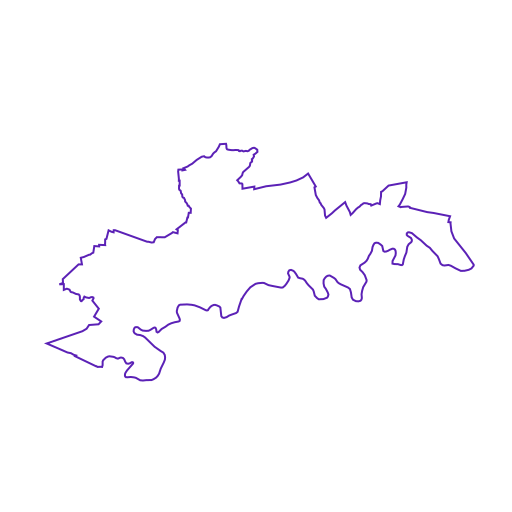 Numarán, Michoacán, Mexico, rotated 85°
{"feature_id": "50627088B90395598020447", "entity_name": "Numarán", "entity_type": "district", "adm_level": 2, "iso_a3": "MEX", "parent_name": "Mexico", "parent_adm1": "Michoacán", "projection": "robinson", "projection_center": [-101.961, 20.258], "detail": "fine", "context": "isolated", "style": "outline", "palette": "violet", "viewbox_px": 512, "rotation_deg": 85, "n_neighbors": 0, "source": "geoboundaries", "source_scale": "gbopen_adm2", "svg_char_len": 6117}
<svg xmlns="http://www.w3.org/2000/svg" viewBox="0 0 512 512"><g transform="rotate(85 256 256)"><path d="M283.6,39.9L271.3,46.8L255.8,57.1L248.4,59.2L240.6,59.4L239.4,59.2L239.0,61.4L236.8,60.8L233.3,59.2L228.6,75.4L227.2,81.6L221.4,98.5L220.6,98.6L219.9,100.2L219.8,106.9L220.0,107.6L218.9,109.7L217.4,108.3L212.3,105.0L207.2,102.0L201.0,100.3L198.2,100.1L195.7,99.5L197.4,117.8L202.5,124.4L203.0,125.8L207.6,126.3L211.3,127.4L215.1,128.1L214.0,130.3L214.1,131.4L215.8,136.8L214.4,137.2L214.0,139.3L213.4,140.3L213.2,141.1L212.8,143.2L212.9,144.4L213.7,145.5L214.3,146.8L215.9,148.6L216.6,150.1L218.1,152.2L221.7,156.0L223.3,158.1L220.3,158.7L213.7,161.5L210.1,162.5L217.5,173.4L220.1,176.7L224.1,182.8L221.7,183.7L215.6,183.7L214.1,184.3L210.8,186.5L209.0,187.1L208.4,187.8L206.1,188.3L203.6,189.8L200.5,191.1L192.7,191.8L192.0,190.4L178.4,196.9L181.8,202.2L184.3,209.1L185.7,215.5L187.0,225.4L187.4,239.8L189.3,252.0L186.7,251.6L187.8,263.6L183.2,263.3L182.5,263.8L182.2,266.1L179.9,267.3L178.9,268.1L175.9,264.3L174.4,262.8L172.1,262.0L171.2,261.4L166.6,255.1L165.5,254.2L163.0,253.6L162.6,253.3L161.6,251.7L160.7,251.8L160.0,251.4L159.2,251.7L158.2,250.4L156.6,249.3L154.9,249.5L154.0,247.7L152.4,245.5L150.2,245.5L148.5,247.5L148.0,248.5L148.2,250.2L149.7,253.2L150.5,253.9L150.9,255.3L150.4,256.9L150.7,259.4L149.8,260.8L149.9,262.3L150.2,262.9L150.0,263.7L149.4,263.8L149.0,264.3L148.6,267.0L148.6,269.5L148.4,271.2L147.7,274.2L147.3,275.3L146.9,275.7L145.8,276.0L143.0,275.9L141.6,276.1L141.5,282.2L143.9,283.5L148.2,286.7L149.1,288.3L150.2,289.7L152.7,291.6L153.7,293.2L153.8,294.8L153.5,297.0L153.0,298.1L152.1,299.0L152.4,301.5L155.1,306.7L158.5,311.5L159.8,314.5L160.9,316.3L162.2,320.5L164.0,319.2L164.3,321.8L163.4,321.7L163.2,325.8L165.0,326.2L172.4,326.1L174.3,326.3L174.3,325.5L179.2,325.9L179.2,326.5L182.0,326.8L183.2,326.7L184.4,325.4L187.1,325.1L188.2,324.2L190.5,324.2L191.3,323.8L191.8,322.7L194.1,321.8L195.6,321.8L197.2,320.5L198.6,319.9L200.0,319.6L200.1,318.7L201.4,318.1L203.1,316.7L207.3,317.3L207.1,319.2L211.7,320.4L211.7,321.0L216.5,322.6L216.4,323.3L222.5,332.8L223.4,331.6L226.6,332.2L225.0,336.7L225.8,337.8L229.4,345.3L228.6,353.1L230.3,355.1L233.4,356.7L233.5,358.8L232.4,362.0L232.3,363.2L218.0,394.2L217.9,395.5L220.0,395.8L219.3,397.8L217.6,400.6L225.9,403.5L226.3,404.8L230.3,405.2L230.8,405.4L232.0,405.3L231.2,411.3L232.8,411.4L232.0,416.2L238.5,417.8L239.0,419.3L240.2,421.1L240.2,422.2L242.0,427.6L242.5,430.7L249.2,430.1L248.9,433.5L262.2,450.5L265.9,450.6L266.1,450.9L267.1,454.4L267.3,449.9L273.0,450.4L272.1,447.4L272.3,446.7L273.3,444.7L275.5,443.8L275.9,443.2L276.3,441.7L278.1,438.7L278.8,436.0L279.9,435.2L281.2,435.0L284.0,435.2L285.7,434.3L285.8,433.7L284.8,432.8L284.0,431.5L282.7,431.3L281.5,430.5L282.4,429.0L283.3,425.9L282.6,423.8L282.7,422.5L283.2,421.6L283.9,421.5L286.2,422.9L294.8,417.2L302.3,422.6L307.7,415.9L310.3,418.8L310.2,428.3L313.7,431.1L315.8,435.5L324.9,472.1L335.7,452.2L336.7,448.8L338.6,446.1L339.4,444.0L340.1,444.9L352.0,424.8L351.9,424.5L352.7,423.5L352.8,420.6L353.1,419.0L351.3,418.3L347.8,418.0L346.5,417.3L344.2,414.5L343.3,412.3L343.1,410.8L344.0,406.9L344.5,405.7L345.6,404.2L346.2,402.5L345.4,400.0L345.5,398.7L346.1,397.3L347.4,396.3L349.9,395.5L351.7,394.5L352.2,392.7L351.9,391.0L351.0,389.2L351.0,388.3L351.4,387.7L352.4,387.8L358.7,394.4L360.8,396.1L362.2,396.8L363.9,397.0L364.7,396.8L365.4,396.1L365.6,394.5L365.6,391.3L366.3,388.0L366.9,386.3L369.7,382.2L370.2,379.5L370.1,375.9L370.5,370.9L369.8,368.8L368.5,366.2L366.9,364.4L364.8,362.8L359.9,360.7L354.1,357.2L351.3,355.8L349.1,355.4L346.7,355.5L344.2,356.7L342.3,359.3L337.6,364.9L327.6,373.5L326.0,375.4L324.7,378.1L324.0,381.4L322.5,383.5L321.6,384.1L320.3,384.5L318.4,384.1L316.9,383.2L316.4,382.4L316.5,380.6L316.8,379.8L319.3,377.2L320.4,375.4L321.0,372.1L321.1,369.6L320.5,367.9L318.6,364.2L318.4,363.0L318.9,362.3L320.6,361.8L322.8,361.7L323.6,360.7L323.2,359.6L320.5,356.4L318.6,352.4L316.7,349.3L315.6,346.2L314.9,342.8L314.5,338.8L314.1,337.8L313.0,337.4L311.6,337.6L305.6,339.7L303.9,339.7L300.5,338.6L298.4,337.1L297.9,335.8L298.2,328.9L299.0,324.4L299.8,321.5L302.2,316.4L305.6,310.8L306.0,309.6L305.8,308.6L305.0,308.1L303.1,306.3L301.9,304.7L301.1,302.5L301.1,301.0L301.8,299.3L303.2,296.8L304.3,296.0L312.9,295.8L314.3,294.9L314.9,293.3L314.3,290.5L313.0,288.0L312.2,285.2L311.1,280.8L310.0,279.2L304.8,277.3L297.6,274.1L297.7,273.8L294.7,271.8L290.5,268.3L286.7,264.4L283.7,258.9L283.3,256.3L283.3,252.4L283.5,250.5L286.1,246.1L287.3,242.2L289.7,233.7L289.7,232.1L288.2,229.9L286.3,228.1L283.2,225.7L280.5,224.4L279.5,224.4L276.1,225.6L274.4,225.1L273.1,224.0L272.9,222.3L273.8,220.5L274.8,219.3L277.4,217.7L281.2,215.9L282.0,214.0L282.7,211.5L283.3,210.6L284.8,209.2L287.4,207.8L289.7,206.2L294.4,202.2L296.3,201.6L300.7,200.9L303.3,198.8L304.6,197.2L304.8,192.5L303.7,188.8L302.6,187.9L300.7,187.2L298.6,187.7L294.8,189.3L292.5,190.7L289.1,191.1L285.9,190.7L284.2,189.5L282.7,187.9L282.0,186.5L281.8,184.7L282.0,184.0L284.6,180.3L285.9,178.9L289.1,177.1L290.3,175.9L291.6,174.0L295.4,167.1L297.1,165.3L300.5,164.6L305.6,164.3L308.0,163.2L309.7,160.4L310.1,157.9L309.7,155.8L308.8,154.9L307.8,154.4L306.7,154.2L303.3,154.2L299.9,153.3L296.3,151.9L291.2,148.2L289.7,147.9L284.6,149.3L281.4,151.2L278.7,153.5L276.5,153.9L274.4,152.8L272.1,148.4L270.4,146.3L268.5,144.9L265.7,143.5L263.8,141.9L261.0,140.1L257.2,139.1L255.1,138.0L253.6,136.8L253.2,135.2L253.6,133.1L255.5,130.8L257.0,129.4L262.1,128.7L262.9,127.6L262.9,126.0L262.3,123.9L261.5,122.3L260.6,119.5L260.8,118.1L261.7,117.0L263.2,116.5L265.3,116.5L267.6,117.0L272.9,120.4L275.5,120.7L276.1,118.8L276.5,115.3L277.6,112.6L277.8,111.4L277.2,110.5L272.3,109.1L269.1,107.7L265.7,105.9L260.0,104.5L257.6,102.9L255.7,100.1L254.5,99.4L253.2,99.4L251.5,100.1L249.1,103.3L248.1,104.0L246.6,103.8L245.7,102.6L245.7,101.5L246.8,98.7L251.5,94.1L254.7,90.4L260.6,85.1L263.0,82.1L266.1,80.0L272.1,75.1L275.3,74.0L279.7,72.8L281.4,71.0L281.9,69.1L281.7,65.0L282.7,62.7L285.7,58.3L288.7,53.2L288.9,49.5L288.3,45.3L287.2,42.5L284.6,40.0L283.6,39.9Z" fill="none" stroke="#5b21b6" stroke-width="2"/></g></svg>